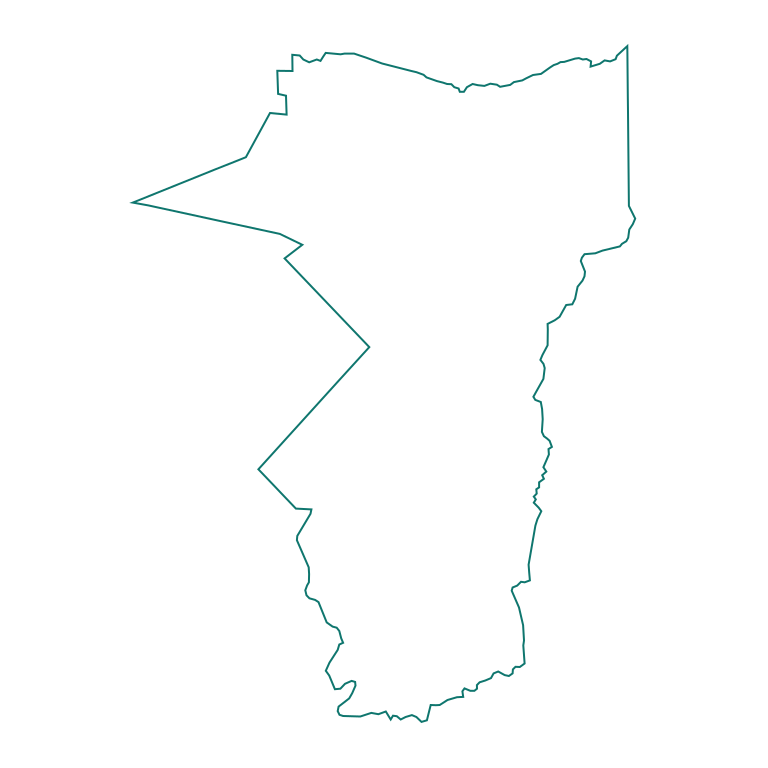 the district of São Luiz, Roraima, Brazil
{"feature_id": "56859067B55722960817653", "entity_name": "São Luiz", "entity_type": "district", "adm_level": 2, "iso_a3": "BRA", "parent_name": "Brazil", "parent_adm1": "Roraima", "projection": "orthographic", "projection_center": [-60.131, 0.848], "detail": "fine", "context": "isolated", "style": "outline", "palette": "teal", "viewbox_px": 768, "rotation_deg": 0, "n_neighbors": 0, "source": "geoboundaries", "source_scale": "gbopen_adm2", "svg_char_len": 2788}
<svg xmlns="http://www.w3.org/2000/svg" viewBox="0 0 768 768"><path d="M292.3,54.8L292.5,71.0L277.3,70.8L278.1,93.9L286.0,95.7L286.6,114.6L270.0,113.0L245.9,157.2L240.7,159.3L214.7,169.6L132.8,202.6L148.3,205.4L157.0,207.3L221.9,221.4L279.8,233.9L302.3,244.8L284.6,258.4L369.3,347.1L339.5,379.8L258.4,469.3L275.7,487.4L281.1,493.1L295.9,508.6L311.4,509.4L310.5,513.8L297.3,535.9L296.9,540.2L308.7,567.3L309.1,574.1L308.9,582.3L307.1,585.4L305.3,590.3L306.5,595.3L309.4,598.3L315.1,599.9L318.5,602.1L326.7,622.4L332.6,626.6L336.7,627.7L339.3,631.0L341.2,638.3L343.1,642.8L339.3,644.5L337.7,649.9L329.5,662.6L325.8,670.8L329.2,675.5L331.0,679.8L334.9,689.2L340.4,688.7L345.0,683.8L351.6,680.9L355.1,681.9L355.5,685.6L352.2,693.2L349.2,698.4L338.6,706.6L337.7,711.1L339.5,714.8L343.1,716.0L360.3,716.5L371.3,712.9L378.4,714.2L385.8,711.5L390.7,719.5L393.0,715.7L396.8,716.2L400.7,719.5L405.6,717.0L411.9,715.1L416.4,717.0L421.5,721.9L426.9,720.3L430.7,705.0L435.9,705.2L439.7,705.0L447.5,700.0L457.0,697.2L463.2,696.9L462.4,691.3L464.5,688.4L470.3,690.8L474.4,690.8L477.0,688.7L476.9,685.1L479.6,682.3L485.3,680.5L491.0,678.1L493.6,673.4L498.2,671.5L504.7,675.1L508.9,676.0L512.6,673.4L512.9,669.4L515.5,666.8L519.8,667.0L524.6,663.5L523.3,645.4L524.0,640.5L523.1,625.2L519.0,607.5L511.7,590.7L512.6,587.5L517.2,585.6L521.0,581.8L524.7,582.3L529.9,580.4L529.2,572.6L528.6,564.7L535.4,525.6L537.4,519.2L541.3,511.2L538.7,507.7L533.8,502.7L535.8,499.4L533.8,496.6L536.7,493.6L536.3,489.3L539.1,487.4L539.1,482.3L543.9,478.8L542.2,475.2L546.3,471.6L543.4,467.2L546.5,460.1L548.9,454.5L548.5,449.1L551.9,446.9L549.6,440.8L547.0,438.5L543.9,436.2L541.9,431.9L542.7,419.2L542.1,409.1L540.8,402.0L535.3,399.9L533.4,396.8L536.1,391.9L543.4,378.9L544.7,368.1L543.5,363.9L540.4,359.9L542.4,355.1L547.6,345.3L547.8,329.3L547.6,323.9L554.7,320.3L559.6,316.8L566.2,305.0L572.3,304.3L575.1,298.7L577.6,286.7L582.5,280.6L584.5,276.3L585.0,271.6L580.8,261.0L581.9,257.7L584.5,254.2L595.3,253.3L602.5,250.6L619.9,246.4L622.0,243.8L626.3,241.2L628.2,237.7L629.3,229.5L632.8,224.2L635.2,218.6L628.9,205.9L628.0,111.7L627.8,95.5L627.4,53.1L627.3,46.1L616.9,55.7L615.6,59.2L610.1,61.4L604.6,60.4L599.8,63.8L590.6,66.6L591.1,61.4L586.5,59.0L582.8,59.5L578.9,58.1L575.1,58.6L564.2,61.9L560.5,62.1L557.5,63.8L553.7,65.1L550.0,67.5L541.0,73.9L533.0,75.0L526.2,78.3L522.3,80.4L513.9,82.1L510.2,84.9L500.1,86.8L496.9,84.7L490.3,83.7L484.4,85.9L477.9,85.2L472.6,84.0L466.9,87.2L463.9,91.8L459.8,91.8L458.6,88.5L454.3,87.2L451.4,84.2L447.1,84.0L442.9,82.6L437.0,81.1L426.5,77.4L423.6,74.8L416.5,72.2L411.4,71.0L382.1,63.5L366.0,57.6L360.3,55.7L354.1,53.6L344.5,53.6L340.6,54.3L325.7,52.9L323.2,56.6L320.5,60.9L316.8,59.5L309.2,62.3L303.3,59.5L299.7,55.5L292.3,54.8Z" fill="none" stroke="#0f766e" stroke-width="2"/></svg>